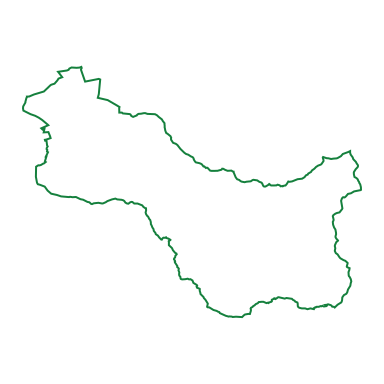 Ghelinta, Covasna, Romania
{"feature_id": "2599482B945421352302", "entity_name": "Ghelinta", "entity_type": "district", "adm_level": 2, "iso_a3": "ROU", "parent_name": "Romania", "parent_adm1": "Covasna", "projection": "equal_earth", "projection_center": [26.296, 45.92], "detail": "fine", "context": "isolated", "style": "outline", "palette": "green", "viewbox_px": 384, "rotation_deg": 0, "n_neighbors": 0, "source": "geoboundaries", "source_scale": "gbopen_adm2", "svg_char_len": 6012}
<svg xmlns="http://www.w3.org/2000/svg" viewBox="0 0 384 384"><path d="M334.7,307.5L337.6,304.7L341.3,302.4L341.8,301.3L342.1,300.1L342.3,297.4L343.9,295.1L346.3,293.8L347.2,292.4L348.0,289.5L350.3,285.8L350.7,283.3L351.3,281.4L350.8,279.2L349.7,277.0L348.9,276.1L348.7,275.4L348.5,272.1L349.3,270.1L349.6,268.2L347.2,267.2L346.8,266.7L347.0,265.5L347.6,263.6L347.6,262.9L345.3,260.8L343.5,260.1L340.4,258.3L339.5,257.3L337.6,254.4L335.8,253.1L334.8,250.9L335.3,248.2L334.8,246.0L335.0,245.0L336.3,242.1L337.8,240.9L338.0,240.5L336.3,238.6L335.6,237.4L335.5,236.3L336.1,234.3L336.0,232.6L335.4,229.5L334.1,227.5L333.1,224.7L332.8,221.9L333.5,220.5L333.6,219.6L332.8,216.1L333.4,215.1L335.3,213.7L336.9,213.0L339.5,212.4L342.1,209.1L342.4,208.4L342.3,207.8L341.1,200.8L341.9,198.5L342.7,197.5L343.2,197.2L344.2,197.5L345.0,197.2L346.0,196.3L348.0,193.9L350.9,193.3L354.1,191.4L360.7,190.1L361.0,189.8L360.9,187.2L360.2,184.3L359.3,183.0L359.2,182.2L358.3,180.9L357.7,179.3L356.4,178.0L354.5,177.0L353.9,174.4L353.8,172.7L354.0,171.9L355.7,169.2L357.5,167.3L357.9,166.6L358.0,165.7L357.7,164.8L356.7,163.5L355.9,161.9L353.3,159.2L352.7,157.4L350.6,154.5L350.1,152.6L350.1,151.1L348.3,152.0L342.8,154.0L340.9,156.2L337.5,158.1L336.5,158.4L333.6,158.6L331.1,159.0L328.4,158.3L326.6,158.2L323.1,157.0L322.8,157.4L322.9,158.1L323.5,160.1L323.5,161.1L321.6,163.9L320.8,164.6L318.1,165.6L316.0,167.0L314.4,168.7L311.9,170.5L311.1,171.9L308.2,173.6L307.7,174.6L306.0,175.3L304.5,177.2L302.1,178.7L297.6,179.2L292.1,181.4L289.5,181.8L288.3,181.5L286.7,184.1L285.5,185.5L284.2,185.6L282.8,186.3L282.5,186.0L280.6,186.3L279.7,185.3L277.6,184.7L276.3,185.4L271.6,185.5L270.4,185.2L269.8,184.4L269.2,184.0L268.3,184.9L265.9,186.3L265.1,186.6L264.0,186.5L263.2,185.8L262.2,183.5L261.5,182.6L259.3,181.8L257.3,180.4L253.4,179.8L252.5,180.1L250.8,181.3L246.6,181.7L244.6,182.2L241.5,181.6L240.4,181.0L239.3,180.0L237.1,179.2L235.7,177.3L233.7,172.5L233.6,171.7L233.1,171.7L231.4,170.6L227.6,170.8L225.0,169.8L223.3,168.8L222.2,168.7L221.5,169.7L217.5,170.8L211.6,170.9L210.1,170.6L207.5,167.8L206.6,167.7L205.9,168.0L204.3,166.4L203.5,166.5L201.9,164.4L200.8,163.7L199.2,163.1L195.9,162.4L195.0,161.5L193.8,159.5L193.6,158.4L192.7,157.2L190.7,156.3L188.3,154.7L186.1,154.0L184.4,152.8L180.4,148.9L177.4,145.0L175.8,143.8L173.1,142.8L171.1,139.7L171.0,138.4L171.2,137.8L170.5,136.2L167.2,133.5L166.4,133.2L166.1,132.7L165.3,130.6L164.8,127.9L164.6,127.2L164.7,126.0L164.5,124.4L164.5,123.2L162.7,120.9L161.9,119.4L158.8,117.0L156.9,115.2L155.0,114.2L147.5,113.9L145.1,113.1L143.6,113.2L141.2,113.7L138.4,113.9L137.1,114.8L136.8,115.4L133.1,116.9L131.6,116.1L131.1,115.7L130.6,114.6L129.8,114.1L122.8,113.4L121.9,112.6L119.3,112.6L119.2,108.1L119.5,107.0L107.7,100.1L97.8,97.8L98.8,94.2L100.2,79.5L98.8,78.9L85.1,81.6L81.0,69.8L81.1,69.2L81.7,68.0L81.3,66.9L79.5,67.6L76.5,67.8L71.5,67.5L69.3,68.6L68.6,69.8L66.9,70.5L58.1,71.8L62.2,77.2L58.5,78.6L57.4,80.4L54.5,83.7L51.3,84.7L50.5,85.2L43.9,91.5L33.9,94.5L29.2,96.5L27.0,96.6L27.1,97.0L26.4,98.0L25.4,101.8L25.4,102.5L23.2,106.4L23.0,108.2L23.4,110.6L30.6,114.2L35.2,115.8L38.8,117.7L42.2,120.0L47.9,124.8L48.3,125.2L41.3,128.3L42.7,129.7L44.4,129.1L43.7,132.4L48.4,132.1L50.1,136.3L50.6,138.1L46.2,139.6L44.9,139.8L45.1,140.7L46.5,140.9L47.1,145.5L47.7,146.4L46.7,148.1L46.6,149.1L47.3,149.9L47.0,151.5L48.0,152.2L45.9,156.5L46.4,156.5L44.9,161.4L45.7,162.0L43.8,163.5L43.2,163.6L40.9,165.0L39.4,165.4L38.3,165.3L36.1,166.7L35.9,176.8L37.0,182.7L37.8,184.2L39.7,184.7L44.7,186.6L47.6,190.6L51.2,193.7L57.0,195.0L61.1,196.4L69.1,197.1L70.0,196.8L72.6,197.2L75.9,197.0L80.5,199.2L83.1,199.7L87.4,201.9L89.4,202.3L91.0,203.8L92.0,204.1L93.8,203.3L98.4,202.8L102.1,203.5L103.0,203.4L105.8,202.2L107.4,201.1L112.0,199.4L115.4,198.6L117.2,199.4L121.6,199.8L123.3,200.3L124.3,201.0L125.4,202.6L127.0,203.5L128.4,203.7L130.2,202.3L131.4,201.9L132.4,202.0L134.2,203.5L137.5,203.5L142.3,205.4L143.4,206.9L145.3,208.2L146.0,208.3L146.1,210.5L145.6,212.5L146.1,214.2L147.2,215.9L148.1,216.6L149.2,218.9L150.2,220.0L150.8,222.1L150.9,224.2L151.6,225.4L152.4,227.5L153.5,229.1L153.8,230.9L155.4,232.9L155.8,234.2L157.9,235.6L159.3,237.6L161.3,239.6L161.9,239.6L162.6,238.3L163.4,237.7L165.1,237.8L166.0,237.3L166.4,238.0L168.4,238.6L170.4,239.8L170.3,240.2L169.2,240.5L168.7,241.2L168.9,241.7L168.9,245.2L171.6,247.7L172.1,248.3L172.9,250.2L175.2,252.9L176.4,253.5L176.7,254.3L175.4,255.7L175.1,257.4L174.1,258.5L174.0,259.4L174.9,260.6L175.1,261.5L174.8,261.7L174.9,262.4L177.3,266.0L177.2,266.8L177.3,267.2L178.2,267.8L178.8,268.7L178.5,270.4L179.3,272.4L179.1,274.1L179.3,275.6L180.3,276.7L180.6,278.6L180.9,279.0L182.1,279.4L185.2,279.2L187.7,278.7L189.1,279.4L190.5,279.2L192.5,280.5L193.4,282.9L196.7,284.9L197.2,285.6L197.2,285.9L196.6,286.5L197.0,287.7L199.7,288.8L199.8,289.7L199.7,290.8L200.3,292.6L200.5,294.0L203.5,297.0L203.9,298.1L205.4,299.7L207.8,303.6L207.1,306.8L207.7,307.3L209.3,307.4L213.5,310.0L216.7,310.9L217.8,311.6L219.3,312.1L219.8,313.1L225.8,315.8L228.7,316.6L229.2,316.4L231.8,316.6L232.7,317.0L236.0,316.7L242.1,317.1L243.9,315.3L245.0,314.5L248.3,313.9L249.9,314.0L250.9,310.7L250.9,309.5L250.6,308.7L251.0,307.8L252.6,306.9L253.3,306.0L254.4,305.5L255.8,304.1L257.8,303.2L258.7,302.1L261.6,301.8L263.4,301.8L266.5,303.1L268.2,302.6L268.5,303.0L269.6,302.3L271.4,301.8L271.9,301.2L271.7,300.1L271.9,299.7L273.5,299.0L274.0,298.4L274.6,298.3L274.8,298.9L275.4,299.1L277.0,298.1L277.6,297.5L278.6,297.2L284.7,298.6L286.5,298.0L291.9,298.8L293.0,299.9L294.6,300.7L295.2,301.6L297.4,302.5L297.7,303.5L297.8,306.1L298.4,307.2L299.4,307.8L301.8,308.4L305.1,308.4L307.5,309.2L310.4,308.4L313.6,309.1L313.8,309.1L313.7,308.4L313.9,308.1L314.9,307.8L315.3,307.2L316.0,307.3L316.6,306.8L318.8,306.8L320.6,306.1L321.4,306.3L322.4,305.8L323.5,306.4L325.0,306.4L325.8,305.9L326.4,306.1L326.8,305.8L326.9,305.6L325.7,304.9L327.2,304.7L328.0,304.3L330.7,305.1L331.6,305.7L332.0,306.5L332.3,306.7L333.9,306.8L334.7,307.5Z" fill="none" stroke="#15803d" stroke-width="2"/></svg>